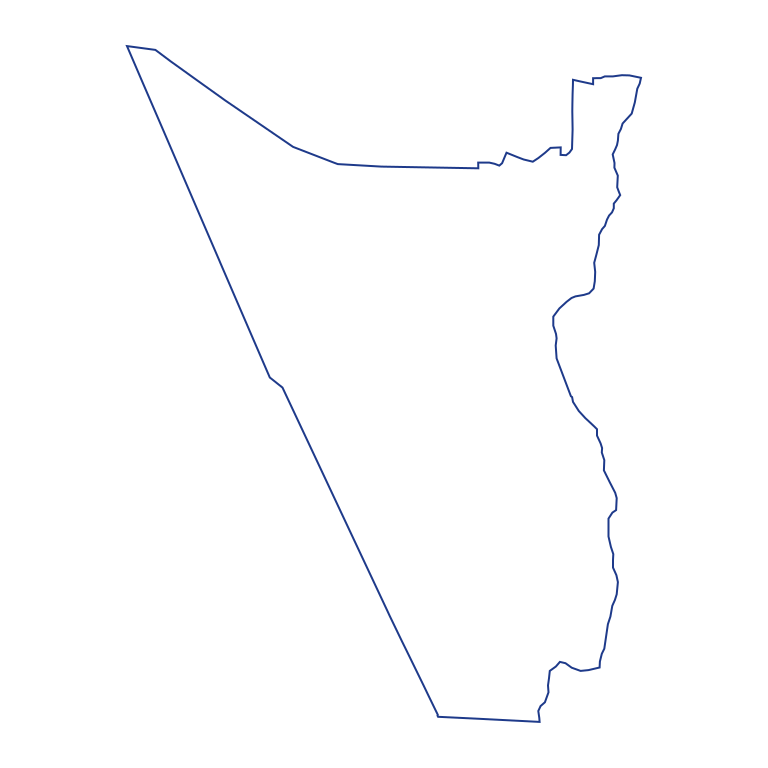 the district of Um Durman, Khartoum, Sudan
{"feature_id": "16777658B47170165092486", "entity_name": "Um Durman", "entity_type": "district", "adm_level": 2, "iso_a3": "SDN", "parent_name": "Sudan", "parent_adm1": "Khartoum", "projection": "mercator", "projection_center": [32.429, 15.44], "detail": "fine", "context": "isolated", "style": "outline", "palette": "blue", "viewbox_px": 768, "rotation_deg": 0, "n_neighbors": 0, "source": "geoboundaries", "source_scale": "gbopen_adm2", "svg_char_len": 2051}
<svg xmlns="http://www.w3.org/2000/svg" viewBox="0 0 768 768"><path d="M599.6,667.5L599.6,667.4L599.9,661.5L601.8,653.8L604.3,648.7L607.9,624.2L610.4,616.6L612.3,605.8L614.9,600.0L616.7,594.3L617.9,582.1L616.4,575.2L613.0,567.6L613.0,560.1L613.3,554.1L610.9,546.9L608.5,536.5L608.5,518.6L612.4,512.6L616.1,510.1L616.7,498.1L615.2,492.8L609.7,482.1L603.9,470.4L604.3,460.1L601.8,452.5L602.1,448.1L600.6,443.4L597.0,435.6L597.0,429.2L594.2,426.4L585.4,418.2L578.8,411.0L573.0,401.9L572.1,397.1L570.9,396.2L556.6,358.4L555.7,345.5L556.6,338.3L556.0,333.9L553.3,325.7L553.3,316.6L559.4,308.4L566.6,301.8L571.5,298.0L575.4,296.4L583.9,294.9L589.1,293.3L593.6,288.6L594.8,281.3L595.2,271.9L594.2,262.8L595.3,258.7L596.4,254.6L598.8,245.1L599.1,234.7L602.1,229.1L604.9,225.9L607.0,219.6L609.1,215.5L612.0,212.4L613.8,208.3L613.8,203.6L616.6,200.2L620.2,195.1L618.6,191.1L617.2,187.3L617.8,175.6L614.4,167.7L614.5,163.0L612.7,154.4L615.1,149.5L617.0,145.1L617.9,140.6L618.4,133.8L620.9,129.0L622.6,123.5L631.7,113.6L634.8,102.5L637.3,88.7L639.7,83.6L641.0,77.8L629.4,75.4L621.9,75.2L612.9,76.4L604.8,76.4L600.8,78.1L593.1,78.2L593.1,84.2L579.2,81.2L573.0,79.8L572.9,85.4L572.6,93.7L572.4,103.5L572.3,111.4L572.6,129.5L572.0,149.0L569.4,152.6L566.1,155.2L560.6,154.9L560.7,147.4L550.5,147.9L545.0,152.8L538.4,158.0L532.8,161.7L523.7,159.5L517.4,157.1L506.5,152.7L504.9,156.5L502.1,163.2L499.3,165.6L494.6,163.8L489.3,162.6L484.2,162.6L478.2,162.6L478.3,168.3L381.4,166.6L337.8,164.1L334.0,162.7L293.1,146.9L225.3,100.5L198.6,81.4L170.6,61.3L155.4,49.9L130.9,46.6L127.0,46.1L142.2,81.5L162.8,129.2L198.2,211.5L219.5,260.9L220.2,262.6L252.9,338.4L269.8,377.5L282.5,387.6L317.6,462.3L341.3,512.8L387.9,612.0L389.6,615.7L402.1,641.6L406.4,650.3L423.7,685.7L428.8,696.3L437.8,714.8L437.5,715.6L438.1,716.8L477.3,718.7L539.6,721.9L539.3,718.0L538.3,711.0L540.6,706.0L544.9,702.3L548.5,692.3L548.0,685.4L549.0,678.3L549.8,670.9L555.9,666.5L559.9,661.9L565.5,663.2L571.7,667.7L580.6,670.9L588.5,670.1L599.6,667.5Z" fill="none" stroke="#1e3a8a" stroke-width="2"/></svg>